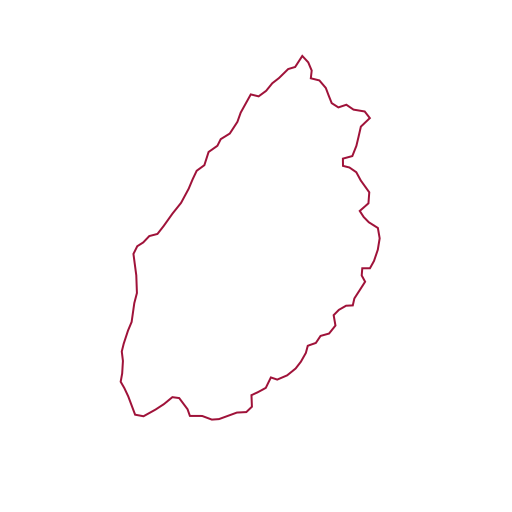 Pitangueiras, Paraná, Brazil, rotated 29°
{"feature_id": "56859067B16453032256709", "entity_name": "Pitangueiras", "entity_type": "district", "adm_level": 2, "iso_a3": "BRA", "parent_name": "Brazil", "parent_adm1": "Paraná", "projection": "robinson", "projection_center": [-51.57, -23.208], "detail": "fine", "context": "isolated", "style": "outline", "palette": "rose", "viewbox_px": 512, "rotation_deg": 29, "n_neighbors": 0, "source": "geoboundaries", "source_scale": "gbopen_adm2", "svg_char_len": 1443}
<svg xmlns="http://www.w3.org/2000/svg" viewBox="0 0 512 512"><g transform="rotate(29 256 256)"><path d="M212.3,440.7L227.2,453.4L235.3,450.7L242.6,439.0L247.3,430.1L251.3,420.0L257.7,417.5L270.4,423.2L275.7,427.9L286.5,422.0L296.7,420.5L302.7,416.6L315.2,402.2L323.2,397.2L325.5,389.8L319.5,379.9L323.8,374.0L328.5,366.6L327.9,355.0L334.5,353.8L341.1,345.3L345.2,335.2L346.5,326.7L346.6,316.6L344.8,309.4L350.5,303.0L351.2,294.6L357.5,288.4L359.2,278.3L352.6,270.1L354.6,262.9L358.9,255.8L364.6,252.3L362.6,245.4L363.3,235.2L363.9,225.6L357.9,221.8L354.9,215.2L361.6,211.5L361.6,203.1L359.5,191.5L355.6,180.6L349.0,172.4L338.3,171.8L331.3,169.7L324.9,166.3L328.8,155.4L324.2,145.4L311.1,139.2L303.1,134.1L294.8,133.3L288.4,135.0L284.8,128.7L291.8,121.9L290.4,111.0L288.0,102.4L285.0,92.0L288.7,80.2L281.0,76.9L270.3,80.7L261.7,79.9L256.0,86.1L248.1,85.6L241.5,80.2L235.6,75.2L226.3,71.7L217.8,74.0L214.8,66.8L207.8,61.3L199.5,58.6L198.6,71.7L193.5,76.9L189.8,89.3L186.5,97.0L184.8,106.6L180.9,115.1L173.1,117.2L173.1,127.9L173.1,138.0L174.7,147.7L173.7,161.6L168.5,170.9L168.8,178.3L164.1,188.0L166.8,201.6L162.8,210.2L163.4,219.7L164.5,229.8L164.7,245.8L162.4,259.4L160.7,274.5L159.1,284.5L153.0,290.3L150.8,298.8L147.4,305.0L147.8,313.6L160.7,331.0L169.8,346.1L172.4,356.2L179.2,374.0L180.2,383.2L182.8,396.8L184.9,404.6L190.5,412.3L195.9,423.6L198.6,431.6L204.8,435.3L212.3,440.7Z" fill="none" stroke="#9f1239" stroke-width="2"/></g></svg>